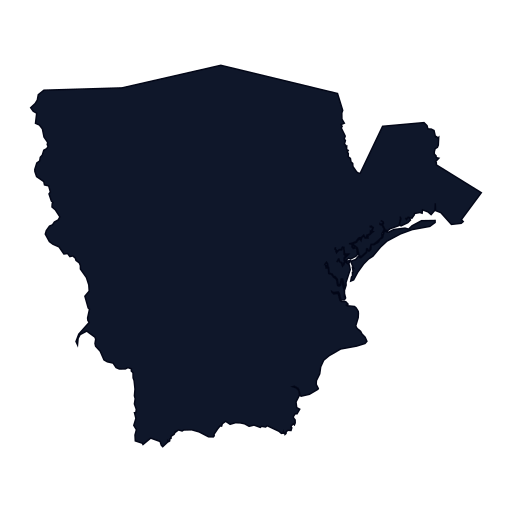 Tonosí, Los Santos, Panama
{"feature_id": "35544464B87180550672206", "entity_name": "Tonosí", "entity_type": "district", "adm_level": 2, "iso_a3": "PAN", "parent_name": "Panama", "parent_adm1": "Los Santos", "projection": "equal_earth", "projection_center": [-80.44, 7.396], "detail": "fine", "context": "isolated", "style": "filled", "palette": "ink", "viewbox_px": 512, "rotation_deg": 0, "n_neighbors": 0, "source": "geoboundaries", "source_scale": "gbopen_adm2", "svg_char_len": 6057}
<svg xmlns="http://www.w3.org/2000/svg" viewBox="0 0 512 512"><path d="M436.4,164.9L436.3,162.5L435.5,161.7L438.8,158.2L436.1,157.6L436.1,155.9L434.3,154.0L434.3,151.8L435.1,148.7L437.4,147.3L438.3,145.1L438.7,137.3L437.8,138.1L436.6,136.6L435.5,137.1L434.0,130.5L431.3,129.1L427.9,128.9L427.0,125.6L424.0,122.6L382.6,126.3L360.2,173.3L358.7,173.2L356.8,172.1L352.9,166.5L352.7,163.4L351.0,161.9L350.4,158.4L348.2,156.7L348.3,153.3L347.2,152.2L348.2,150.4L346.6,149.6L346.7,146.1L345.7,146.5L345.7,145.3L344.4,144.1L345.4,140.5L344.2,138.9L345.2,136.1L341.2,127.9L342.1,126.5L341.1,124.5L344.3,123.2L341.9,119.1L341.8,112.9L342.7,110.4L337.5,93.5L220.8,65.3L121.9,87.9L43.9,90.2L38.3,94.7L37.3,100.1L35.1,103.6L30.7,107.7L33.2,111.2L36.7,113.2L35.5,123.3L39.4,125.0L42.4,128.9L44.0,137.0L47.7,142.4L47.2,144.7L48.2,146.1L46.8,148.6L43.8,150.2L42.3,155.1L40.3,157.3L39.7,160.9L36.8,163.0L34.8,169.4L34.9,171.6L36.6,176.6L43.8,181.6L44.5,184.9L48.7,185.9L50.4,192.0L49.0,193.9L51.4,201.1L53.0,202.5L52.2,203.7L52.0,207.0L55.3,209.8L59.9,216.9L58.2,219.9L54.4,222.0L52.5,224.8L49.5,226.1L46.3,230.6L45.3,234.1L49.4,241.6L52.9,244.2L59.0,246.9L63.9,254.0L67.6,253.5L69.9,256.6L72.7,255.9L75.3,258.1L76.0,260.4L79.3,262.9L80.4,265.6L80.4,269.0L86.4,277.5L88.8,284.9L89.2,291.1L84.9,296.2L88.2,308.0L89.5,309.2L87.6,318.0L87.9,320.5L89.2,322.4L78.8,334.1L76.0,341.5L77.5,344.8L78.1,338.4L80.1,334.6L86.7,331.1L94.9,337.1L95.7,339.1L95.0,343.5L95.6,346.2L100.2,351.2L104.0,359.9L107.3,361.8L113.1,363.1L116.1,367.6L119.3,369.0L125.4,368.9L127.9,367.6L131.4,368.8L131.3,371.0L133.0,372.7L133.1,377.9L134.1,380.6L135.0,389.1L134.4,395.8L135.2,398.7L134.4,403.9L136.3,409.3L135.8,412.6L134.5,412.7L135.9,418.4L133.8,425.4L136.4,429.7L135.0,435.0L135.3,440.9L142.3,443.2L143.0,444.5L150.7,438.1L160.1,441.5L161.3,445.2L162.7,446.7L167.5,442.2L167.6,440.5L168.7,441.6L169.7,440.9L169.7,438.9L171.0,438.4L171.1,436.3L174.1,434.3L175.7,430.8L175.3,432.3L178.5,429.9L182.1,431.0L183.7,430.0L191.7,429.8L199.1,431.9L208.5,436.8L213.3,436.9L214.2,435.8L214.0,434.3L217.8,428.7L220.1,425.9L221.6,426.1L222.3,423.7L225.7,421.3L230.1,424.3L235.5,422.7L240.3,422.9L244.6,423.8L249.1,426.3L254.0,425.1L260.3,427.4L261.5,426.3L265.6,427.0L267.1,425.7L279.0,431.3L281.4,433.4L282.7,433.2L283.3,431.7L283.6,433.2L284.7,432.9L285.0,434.4L286.0,433.5L286.2,431.7L287.9,430.3L291.0,430.5L291.8,427.8L291.0,427.3L291.4,425.7L293.3,423.9L294.4,424.9L295.2,422.9L295.1,419.9L293.4,417.8L293.5,416.2L295.3,413.7L297.0,413.8L299.7,409.2L296.7,407.6L296.0,401.9L299.5,395.1L298.9,390.7L296.2,387.9L292.6,386.7L294.3,386.2L298.1,388.3L298.9,389.9L300.2,395.4L301.1,396.2L309.4,394.3L317.9,389.3L318.3,388.5L316.2,384.4L316.4,380.6L319.7,373.9L320.7,366.8L323.7,360.2L329.1,355.7L340.7,349.0L356.6,346.1L365.0,343.5L366.9,341.3L365.1,337.2L361.9,333.9L360.6,331.3L357.0,328.4L355.7,325.9L358.2,317.6L358.4,313.4L358.2,311.3L356.1,307.9L354.5,306.5L347.0,305.7L346.4,305.1L348.0,304.1L345.7,301.6L341.8,301.6L340.0,300.4L338.1,293.4L333.6,293.9L331.9,292.3L331.7,291.4L333.4,292.5L338.3,292.0L339.4,293.6L341.0,299.9L344.4,299.8L345.6,298.0L345.0,295.6L344.4,297.7L344.5,291.5L342.6,284.8L342.5,279.8L341.3,280.1L340.6,285.3L339.0,286.2L337.6,285.5L336.4,279.2L333.5,277.2L331.8,274.6L328.7,273.5L328.3,267.9L326.1,268.1L325.5,265.4L327.3,266.0L327.6,264.4L326.6,262.8L325.3,263.6L325.6,263.0L326.5,262.1L327.6,263.6L327.9,266.0L326.1,266.3L326.5,267.6L328.6,267.5L329.1,273.0L332.1,274.0L333.9,276.6L335.1,276.5L337.3,279.0L338.2,285.1L340.2,284.2L341.1,279.0L342.6,279.0L345.1,288.4L346.1,285.2L346.0,282.5L350.2,269.6L349.3,264.9L345.7,262.0L344.6,262.1L344.0,264.6L342.5,266.1L341.2,262.7L339.4,261.6L338.8,259.5L336.7,262.2L338.4,259.0L339.1,259.2L339.6,261.5L341.8,262.6L342.7,265.6L344.5,261.6L346.1,261.6L347.9,263.6L349.0,263.4L350.0,260.7L345.9,261.1L343.9,260.1L344.3,257.6L346.3,254.9L345.0,255.4L344.0,254.3L343.7,247.5L342.4,247.8L341.7,249.9L339.0,249.9L336.6,252.6L335.9,251.6L336.3,250.5L334.8,249.0L335.6,247.2L335.2,249.0L336.7,250.5L336.7,252.3L339.0,249.6L341.3,249.4L342.4,247.1L344.0,247.4L344.5,253.7L348.8,254.1L344.6,258.4L344.3,259.6L345.4,260.6L348.5,258.3L350.6,259.0L355.8,256.3L357.5,254.5L356.5,247.7L353.2,248.6L352.1,247.2L351.7,244.1L348.9,243.7L351.6,243.3L352.8,247.7L354.0,247.9L354.8,246.5L352.8,244.8L352.5,242.9L355.8,241.7L358.7,237.9L359.9,237.6L360.9,239.8L361.1,237.6L363.8,235.1L365.3,237.7L367.5,237.8L367.8,237.1L366.7,236.7L366.9,235.1L370.5,233.7L370.3,232.0L370.6,231.3L371.6,232.3L372.8,231.4L371.8,231.7L371.5,231.0L372.9,227.6L369.4,226.5L371.5,226.1L373.3,227.6L371.9,231.1L373.3,231.6L371.6,232.9L370.7,231.8L370.9,233.5L370.3,234.4L367.1,235.8L368.2,236.6L368.0,238.2L365.2,238.2L363.6,235.8L361.7,237.8L361.0,240.6L359.2,238.6L356.6,242.2L353.2,243.6L353.2,244.5L357.4,247.8L359.1,255.5L361.2,256.7L366.4,251.9L366.5,249.1L367.5,248.8L368.4,250.5L369.6,250.3L371.0,244.4L373.8,244.2L382.0,237.2L382.0,233.4L384.3,229.4L382.2,225.4L379.9,224.4L379.9,223.6L381.4,224.4L383.1,223.2L382.8,221.8L380.7,220.5L383.3,221.9L383.5,223.4L382.6,224.7L385.1,229.8L387.5,230.8L390.0,228.8L399.0,225.6L400.5,218.6L400.2,216.5L400.9,218.8L399.5,224.6L401.0,225.9L407.8,222.7L410.5,220.0L409.2,217.7L407.8,217.8L406.5,219.6L405.4,218.0L406.5,219.0L408.1,217.2L411.9,218.2L414.3,214.8L414.4,213.5L419.9,212.5L422.1,213.2L422.5,209.8L428.0,211.9L431.1,214.6L435.0,210.1L435.3,203.2L435.6,210.6L440.8,212.6L451.4,224.4L461.2,223.3L463.2,221.6L461.4,219.6L481.3,192.7L436.4,164.9ZM435.1,220.5L421.5,220.7L412.0,225.8L408.6,229.1L405.0,228.1L393.9,229.5L388.2,232.3L384.3,231.1L382.6,237.7L380.0,239.4L378.6,242.1L373.9,244.7L371.2,244.6L370.8,249.4L369.5,250.9L368.5,251.1L366.9,249.3L366.5,252.5L361.1,257.6L359.9,257.8L358.7,255.9L355.7,259.5L351.4,261.0L351.1,262.4L353.6,268.0L352.4,267.6L353.2,272.0L352.4,272.4L352.5,275.9L351.5,277.0L350.7,281.1L353.6,279.9L357.8,272.1L363.7,263.9L368.4,259.1L372.9,256.2L380.6,247.0L387.0,241.1L400.5,233.9L412.2,229.6L429.8,226.4L435.1,222.5L435.1,220.5Z" fill="#0f172a" stroke="#020617" stroke-width="1.5"/></svg>